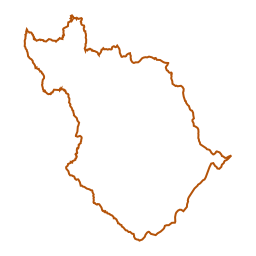 Santa Rosa De Cabal, Risaralda, Colombia
{"feature_id": "7082276B83235998403741", "entity_name": "Santa Rosa De Cabal", "entity_type": "district", "adm_level": 2, "iso_a3": "COL", "parent_name": "Colombia", "parent_adm1": "Risaralda", "projection": "equal_earth", "projection_center": [-75.574, 4.836], "detail": "fine", "context": "isolated", "style": "outline", "palette": "amber", "viewbox_px": 256, "rotation_deg": 0, "n_neighbors": 0, "source": "geoboundaries", "source_scale": "gbopen_adm2", "svg_char_len": 5565}
<svg xmlns="http://www.w3.org/2000/svg" viewBox="0 0 256 256"><path d="M26.8,29.3L26.1,31.9L26.4,33.4L25.3,34.8L25.8,35.8L25.4,37.0L25.5,38.2L24.7,40.7L24.9,43.6L24.7,46.3L25.3,47.0L25.7,48.7L26.8,50.0L26.9,51.1L27.5,52.2L28.2,56.5L29.0,57.1L29.6,58.2L31.4,59.3L32.7,60.9L32.9,62.6L33.9,63.7L35.0,65.5L35.5,68.0L36.5,67.5L36.5,68.1L37.5,68.9L38.8,68.9L38.9,69.7L40.1,71.0L40.2,71.5L40.9,71.4L41.6,72.1L42.0,73.4L42.6,73.6L43.8,75.7L44.1,76.7L44.0,78.2L42.8,79.8L42.3,82.9L42.5,83.7L42.0,84.8L42.9,88.3L42.9,89.1L43.5,90.0L43.6,91.2L43.9,91.3L44.4,90.4L44.7,90.4L45.0,90.8L45.1,91.9L46.3,92.5L46.9,93.3L48.3,94.2L49.7,93.9L50.3,94.2L50.9,93.9L50.9,93.3L51.5,92.5L52.5,92.5L54.0,89.7L58.7,90.0L59.4,89.8L59.8,89.2L59.9,90.2L61.2,88.7L61.1,89.4L62.9,89.2L64.2,90.5L64.6,90.0L65.1,90.5L65.2,89.9L65.3,91.1L65.7,91.5L65.8,92.4L66.2,93.2L68.1,94.1L68.5,94.8L68.4,96.9L69.4,98.6L69.3,101.3L69.0,102.4L70.4,104.3L70.1,105.4L70.4,106.3L71.7,107.9L72.5,110.4L73.2,110.7L73.3,112.0L74.0,114.5L73.9,115.3L76.8,118.1L77.4,120.6L79.1,122.7L78.4,125.5L77.8,126.7L77.4,131.6L75.9,135.3L75.9,136.1L77.6,136.7L80.0,135.9L81.3,136.8L81.7,137.9L81.1,140.3L81.2,141.0L80.7,142.1L80.7,143.2L79.4,144.0L79.2,144.8L78.7,144.9L78.6,147.1L78.2,148.3L77.4,148.0L77.1,148.3L76.8,150.1L76.9,151.7L77.2,152.4L77.1,153.1L76.5,153.3L76.3,154.0L75.7,153.9L75.5,154.3L76.1,155.2L76.2,156.0L76.7,156.2L76.8,156.6L76.0,158.4L75.4,158.6L75.3,159.9L72.4,161.2L72.2,162.5L70.7,161.9L70.6,162.9L68.1,164.0L68.2,164.3L67.5,165.9L66.3,166.8L66.1,167.7L66.3,168.7L68.4,171.2L69.1,173.9L70.1,175.3L71.9,175.4L72.8,176.1L73.7,176.2L74.6,177.3L74.9,178.6L76.3,179.8L77.1,179.4L78.3,179.4L79.9,182.3L80.7,185.7L81.8,185.6L82.7,186.5L84.4,186.9L86.8,188.6L89.7,189.4L90.6,190.2L92.0,190.3L92.4,190.9L92.5,192.2L93.7,194.6L93.2,195.9L93.9,197.4L93.5,198.3L93.8,200.0L93.5,202.2L93.9,203.0L94.8,203.0L95.4,203.8L97.0,204.6L97.7,204.0L99.3,204.3L101.5,207.6L102.1,209.9L102.7,210.9L103.8,210.8L104.3,211.7L105.2,211.3L105.3,212.3L107.0,212.4L107.4,213.4L109.5,213.9L110.1,214.6L112.3,215.6L113.8,217.4L113.8,218.3L115.2,218.4L116.6,219.6L116.8,220.5L117.7,221.9L118.0,223.3L118.9,223.4L120.1,224.6L121.5,225.1L121.8,226.5L123.3,227.4L125.7,230.3L126.9,230.4L128.6,232.0L130.1,231.9L132.3,233.8L133.6,233.9L134.1,235.6L134.0,236.6L135.2,238.8L137.2,239.6L138.5,239.7L139.4,240.6L142.3,239.5L144.8,236.8L145.5,234.8L147.1,232.6L148.4,231.8L149.1,231.9L151.0,233.9L155.7,235.1L157.6,233.3L160.6,231.6L163.3,229.2L164.2,228.0L164.9,225.8L166.6,225.2L168.8,225.2L171.9,222.8L174.9,222.7L175.3,221.6L175.1,217.1L175.7,214.0L176.3,212.5L178.0,210.6L179.7,209.7L181.3,209.8L183.4,211.2L186.9,206.9L187.1,204.2L188.1,201.4L187.8,200.6L188.2,198.6L188.9,197.1L194.5,188.5L197.6,185.6L198.0,184.7L200.2,183.3L202.9,180.3L204.5,179.5L205.7,177.4L209.5,167.1L211.2,163.6L213.3,163.1L215.2,166.1L216.5,166.9L217.4,168.5L219.3,168.8L221.3,166.9L221.9,164.7L223.8,163.0L224.1,161.9L224.8,160.8L226.7,160.0L228.3,158.7L231.3,155.5L228.6,156.6L226.7,157.8L225.1,157.9L223.1,156.4L221.9,156.0L221.4,154.6L219.6,152.4L216.8,151.4L216.2,151.7L215.4,153.1L213.7,154.4L213.2,154.4L211.5,152.9L210.0,150.3L209.1,149.7L206.9,149.2L206.0,148.1L200.3,144.3L199.8,142.3L199.1,141.1L198.8,139.2L198.3,138.1L198.5,134.5L198.3,133.7L198.5,132.1L198.3,129.4L197.5,127.9L195.4,126.5L193.8,125.9L193.6,123.3L192.4,121.0L192.5,119.8L193.9,118.4L193.3,115.3L193.1,112.8L192.1,110.7L191.1,110.4L190.0,109.4L188.9,106.0L187.6,104.9L186.2,102.9L185.8,101.2L185.2,101.1L183.7,96.6L183.2,93.7L183.1,92.2L183.5,91.3L183.7,89.0L182.5,87.0L180.9,85.8L177.6,86.3L176.5,85.7L175.6,86.0L172.5,83.8L172.3,81.2L171.2,78.2L171.6,76.1L171.2,74.8L171.8,74.0L171.7,73.1L171.3,72.6L169.8,72.8L168.8,72.3L167.9,70.8L166.8,70.3L165.8,67.7L166.1,66.6L167.5,64.9L167.7,64.0L168.2,63.4L168.2,63.0L165.3,62.8L163.5,62.2L160.1,60.0L156.8,59.8L155.7,58.0L154.9,58.1L154.5,58.9L151.8,57.3L149.0,56.6L147.2,57.4L145.4,57.2L143.5,57.6L142.1,58.3L139.6,61.2L138.1,62.3L135.4,62.3L134.6,62.8L133.5,62.9L132.1,61.9L130.8,59.7L131.0,59.1L130.6,57.9L130.8,55.9L130.2,54.6L130.0,53.2L128.5,53.6L127.1,54.5L126.6,54.9L126.2,56.0L125.7,56.3L125.1,56.5L123.8,56.2L122.0,56.9L121.5,56.7L119.8,52.8L119.7,50.5L119.2,48.6L117.2,45.6L116.3,46.9L115.4,47.2L113.9,46.2L112.5,46.9L112.1,47.3L111.7,49.2L111.0,49.5L109.1,49.1L107.8,49.6L106.4,49.1L104.4,49.3L103.3,48.2L102.5,49.5L101.6,49.6L100.9,52.2L99.5,54.1L98.8,54.4L98.8,55.0L98.2,54.3L98.1,53.4L97.4,52.4L94.5,51.0L93.1,51.0L92.7,50.4L92.2,50.5L91.9,50.0L91.6,50.2L91.4,49.7L90.2,48.8L89.5,48.8L89.2,49.4L88.5,49.3L87.8,50.0L87.7,49.6L87.1,49.6L86.8,50.1L85.8,49.8L85.5,50.8L84.7,48.5L85.6,46.1L85.5,43.9L86.1,43.0L86.2,39.4L85.7,37.7L86.0,35.8L85.8,33.7L85.3,32.6L85.3,31.2L84.2,30.9L83.8,29.2L83.7,28.1L84.3,27.0L84.0,25.6L82.3,25.1L81.6,24.5L81.2,23.7L81.2,22.5L80.7,21.7L81.8,19.7L81.9,18.6L81.3,18.1L78.5,18.9L77.0,17.9L76.5,19.0L76.0,18.1L74.6,18.0L73.8,18.4L73.0,16.5L72.2,16.0L71.9,15.4L70.9,15.9L71.4,17.3L70.5,18.5L71.9,19.3L72.3,19.8L72.1,20.4L71.4,21.4L70.5,20.9L69.8,21.8L68.3,22.3L67.9,26.2L63.7,28.3L63.1,29.2L63.1,29.8L63.6,30.5L63.4,32.7L64.0,35.0L62.9,35.4L62.9,36.0L63.3,36.4L63.1,37.0L62.7,36.9L62.3,37.8L62.4,39.0L60.8,38.7L59.7,38.1L59.3,38.8L58.5,39.1L58.2,39.8L56.9,40.6L56.0,41.6L55.3,40.8L52.4,40.6L51.1,39.6L48.9,39.1L46.1,41.5L43.7,41.1L43.4,40.2L41.2,39.8L40.6,40.1L39.9,39.5L36.5,40.7L35.2,39.2L34.7,39.6L33.9,39.2L33.8,38.3L34.4,38.7L33.8,36.6L33.0,35.7L32.9,34.7L32.3,34.5L31.8,33.2L30.9,32.4L29.4,32.6L28.6,31.7L27.7,31.5L27.1,30.6L27.2,29.9L26.8,29.3Z" fill="none" stroke="#b45309" stroke-width="2"/></svg>